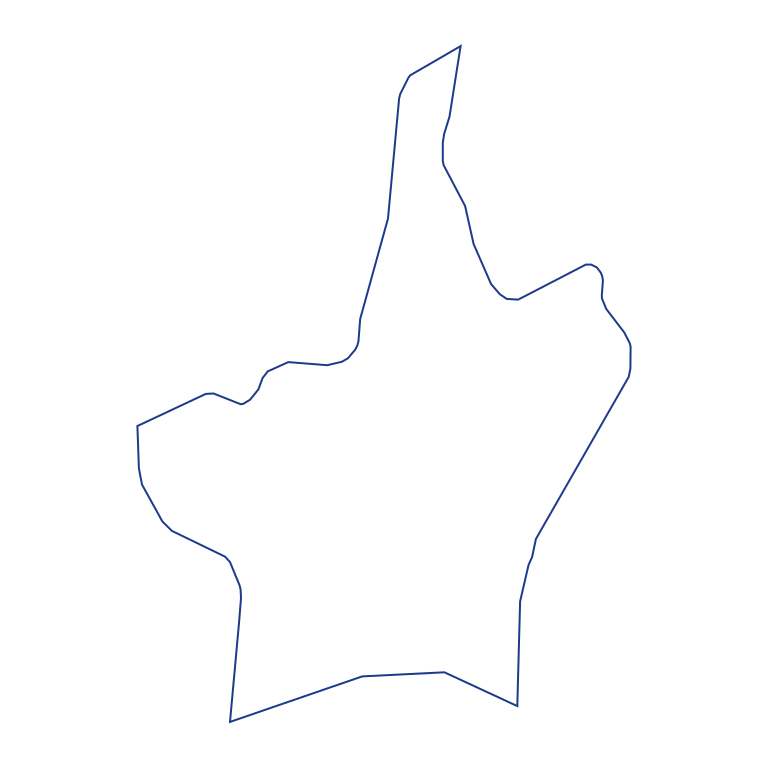 an SVG outline of Barking and Dagenham
{"feature_id": "GBR-2060", "entity_name": "Barking and Dagenham", "entity_type": "London Borough", "adm_level": 1, "iso_a3": "GBR", "parent_name": "United Kingdom", "parent_adm1": "", "projection": "mercator", "projection_center": [0.139, 51.548], "detail": "fine", "context": "isolated", "style": "outline", "palette": "blue", "viewbox_px": 768, "rotation_deg": 0, "n_neighbors": 0, "source": "natural_earth", "source_scale": "10m", "svg_char_len": 937}
<svg xmlns="http://www.w3.org/2000/svg" viewBox="0 0 768 768"><path d="M460.6,46.1L449.5,116.6L444.1,134.2L442.8,142.8L442.8,161.1L443.7,165.3L465.1,206.0L473.6,244.0L491.1,284.1L499.7,294.1L506.7,298.9L518.2,299.6L585.8,264.6L591.2,264.6L596.9,267.5L600.8,272.7L602.3,276.5L602.9,280.6L601.8,295.8L602.0,298.6L606.2,308.9L624.2,332.4L629.6,342.8L630.6,346.6L630.4,368.7L628.7,376.9L535.9,539.0L532.1,557.1L528.6,564.8L520.1,601.4L517.3,706.1L444.4,672.3L362.2,676.4L328.2,688.1L230.0,721.9L239.1,621.9L241.0,598.1L240.6,589.5L239.6,585.4L230.0,562.1L225.1,556.7L171.9,530.9L162.4,521.5L142.0,484.6L138.9,468.4L137.4,426.0L205.8,393.9L213.5,393.5L240.6,404.2L243.1,403.9L250.1,399.7L258.4,389.4L262.6,378.0L267.7,371.4L288.3,362.1L327.2,365.2L341.8,361.8L347.9,358.3L355.2,349.7L357.2,345.9L358.4,341.7L360.2,318.9L388.0,218.5L399.1,98.6L400.2,94.1L408.3,77.9L410.2,75.3L460.6,46.1Z" fill="none" stroke="#1e3a8a" stroke-width="2"/></svg>